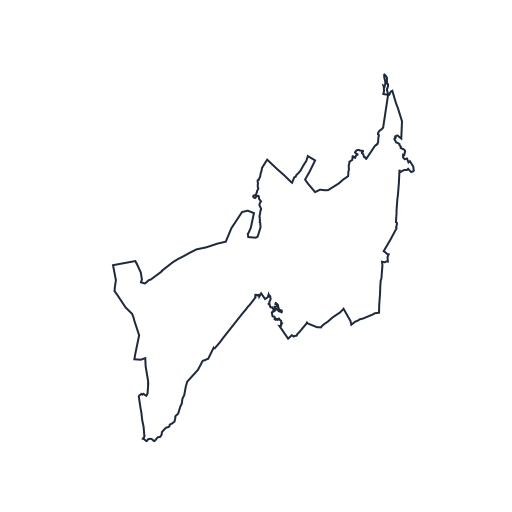 Stoļerovas pag., Rezeknes, Latvia, rotated 281°
{"feature_id": "27541924B84772624476590", "entity_name": "Stoļerovas pag.", "entity_type": "district", "adm_level": 2, "iso_a3": "LVA", "parent_name": "Latvia", "parent_adm1": "Rezeknes", "projection": "equal_earth", "projection_center": [27.572, 56.418], "detail": "fine", "context": "isolated", "style": "outline", "palette": "slate", "viewbox_px": 512, "rotation_deg": 281, "n_neighbors": 0, "source": "geoboundaries", "source_scale": "gbopen_adm2", "svg_char_len": 6045}
<svg xmlns="http://www.w3.org/2000/svg" viewBox="0 0 512 512"><g transform="rotate(281 256 256)"><path d="M219.7,117.4L205.5,123.1L198.3,123.4L197.9,123.5L194.6,123.8L191.2,127.4L180.6,137.8L179.5,139.5L175.5,145.5L172.4,147.4L169.1,149.0L155.9,156.4L137.2,156.2L131.4,156.3L132.2,162.7L134.6,166.8L126.7,168.7L112.5,174.0L110.0,174.4L110.0,174.6L100.4,175.8L97.9,175.0L99.2,171.6L98.3,171.0L98.7,169.8L98.4,169.7L96.4,167.6L96.5,167.5L85.1,171.5L80.9,173.2L73.2,175.6L67.0,178.2L58.2,180.7L58.1,180.9L56.7,180.7L56.0,180.1L55.0,179.8L54.9,181.1L53.6,183.2L53.4,183.9L53.7,184.2L55.6,185.1L56.1,186.2L56.5,187.6L56.1,189.2L55.2,190.5L54.9,191.4L55.5,192.1L58.1,193.4L59.3,194.2L59.6,194.7L59.9,196.1L60.1,196.4L62.8,197.5L65.1,197.2L69.0,199.5L70.4,200.7L71.6,203.0L72.4,203.5L73.9,203.5L74.2,203.7L75.6,205.6L77.9,207.6L81.6,207.7L83.0,207.4L83.8,207.7L85.7,209.2L86.6,209.7L94.1,210.5L96.8,211.3L101.6,211.0L105.8,212.1L114.5,212.0L119.6,212.5L133.1,220.7L140.2,222.9L141.0,223.0L142.3,223.4L143.0,223.9L143.5,224.5L143.8,225.5L144.3,226.0L146.0,228.7L157.5,231.8L157.2,232.0L157.5,233.1L164.5,237.1L168.4,238.9L196.3,253.3L201.5,256.2L205.2,258.0L206.5,259.0L215.3,263.4L215.7,263.0L216.6,263.1L217.4,262.7L217.7,262.7L217.9,262.9L218.0,263.6L217.6,264.9L217.9,264.9L218.3,265.9L217.8,265.9L217.7,266.1L217.8,266.2L217.5,266.5L217.4,266.8L216.8,267.0L220.3,268.2L215.5,273.1L217.9,275.5L220.4,275.7L219.1,276.4L218.8,277.0L219.5,277.2L219.1,277.7L218.2,277.8L217.0,278.5L215.8,278.5L213.8,277.9L212.2,278.2L211.6,277.5L211.3,277.5L210.9,278.1L210.6,278.9L208.9,279.6L208.4,280.4L208.8,281.6L208.7,282.0L207.9,282.3L207.1,283.2L206.9,283.6L208.6,284.4L209.8,284.1L209.9,285.0L211.2,286.1L212.5,285.9L212.7,285.1L212.6,284.3L213.8,284.3L214.4,284.5L213.0,284.6L212.8,284.9L212.8,286.1L212.2,286.8L211.0,287.4L209.9,287.2L209.7,287.8L208.1,288.8L207.6,289.5L207.4,291.6L206.7,291.9L205.6,291.9L205.5,291.7L206.1,291.1L206.0,289.3L206.3,288.7L207.7,286.8L207.9,286.4L207.8,285.7L207.3,285.3L206.4,285.3L205.9,285.0L204.5,283.4L204.9,283.1L204.2,282.6L203.3,282.3L202.2,282.9L200.6,283.4L200.1,283.7L199.8,284.5L200.0,285.4L199.6,286.0L198.9,286.3L197.6,286.3L197.5,286.8L197.2,287.1L197.1,287.6L197.4,288.0L198.2,288.1L198.2,288.4L197.6,288.8L197.4,289.4L197.8,289.9L198.6,290.0L199.0,290.4L199.0,290.6L198.0,291.2L197.4,292.7L197.1,293.1L194.7,293.5L195.2,294.0L195.0,294.4L194.0,293.9L193.1,294.0L192.0,293.8L191.9,293.6L191.8,292.3L181.0,303.3L185.1,306.3L184.1,308.4L185.0,309.2L185.2,310.5L185.8,311.2L187.2,311.4L189.1,312.8L196.9,317.1L198.9,318.2L200.4,318.7L199.7,319.6L199.5,320.5L197.8,329.2L197.8,330.2L198.4,333.1L198.3,333.4L200.0,334.2L201.8,335.6L205.6,339.3L210.3,342.9L216.9,349.5L220.9,352.0L210.3,361.1L206.7,362.7L210.5,365.9L212.1,368.5L213.6,369.8L214.8,372.6L221.1,382.1L222.4,383.4L223.8,387.6L232.0,386.2L242.3,385.0L249.2,383.9L255.5,383.1L257.8,383.4L270.9,381.9L274.4,380.8L274.4,383.6L275.6,385.2L275.7,386.5L280.1,385.3L282.9,385.9L283.1,384.0L284.3,382.3L285.1,380.4L297.6,384.8L310.1,388.7L310.9,388.0L313.4,388.3L315.1,388.1L315.7,387.6L315.9,386.9L324.7,385.8L327.2,385.3L338.9,383.9L342.7,383.7L355.1,382.3L368.0,380.4L365.7,381.5L368.4,384.5L369.4,388.0L370.6,388.7L368.8,391.1L368.0,392.5L369.1,394.0L369.9,394.6L373.8,393.3L378.4,389.0L377.0,387.8L380.5,385.6L379.4,383.5L380.7,381.7L381.5,381.4L383.5,381.1L383.3,382.2L387.3,382.4L388.5,381.5L389.2,379.4L389.5,377.5L391.2,377.2L391.9,375.9L393.2,375.5L394.0,373.7L394.2,372.0L397.2,369.5L398.7,370.5L399.3,369.7L400.3,370.1L401.3,371.9L399.0,376.2L416.1,373.6L428.0,367.2L432.5,364.4L435.7,362.7L444.2,358.3L443.6,357.5L443.0,357.0L441.0,356.3L440.0,356.2L439.4,355.8L439.3,355.6L440.1,354.8L444.1,352.8L445.0,352.7L445.9,353.0L447.9,353.2L449.8,352.8L450.0,352.1L450.6,351.5L451.6,351.5L453.3,350.9L454.9,350.8L455.6,350.6L456.3,350.2L458.1,348.5L458.2,347.9L458.6,347.4L458.3,347.2L455.6,347.9L452.1,349.5L450.7,349.9L448.7,350.1L448.1,349.8L447.0,349.9L447.5,348.6L446.6,349.1L442.6,350.2L439.3,350.1L439.4,354.9L406.2,356.3L405.5,355.8L404.8,355.5L402.5,353.3L399.8,352.3L398.8,352.5L398.4,353.0L398.4,353.3L397.6,353.6L394.5,353.6L391.0,354.2L389.6,353.8L389.2,353.9L388.8,353.6L388.7,353.3L388.0,353.1L387.8,352.8L387.7,352.4L386.7,351.7L371.7,345.4L372.8,345.3L373.3,344.9L373.8,344.2L373.6,343.4L373.9,343.1L375.8,342.2L377.0,341.1L377.1,340.4L377.4,340.2L377.7,340.2L379.0,341.1L379.5,341.0L379.6,340.7L379.4,338.6L379.4,337.8L379.8,336.6L378.9,334.6L378.3,334.2L376.7,333.4L376.5,333.5L375.4,335.3L375.2,336.2L374.9,336.3L374.0,335.4L372.8,334.6L371.3,334.6L371.3,334.4L371.5,333.7L372.3,332.4L372.4,332.1L372.3,331.9L371.5,331.8L370.6,332.1L368.6,332.1L366.4,329.7L365.5,330.0L362.6,329.7L358.7,330.7L356.2,330.6L353.2,331.1L351.8,331.1L347.7,327.0L343.0,323.4L334.4,314.2L333.7,311.1L333.3,306.2L330.0,301.8L337.1,293.0L340.4,289.6L349.3,292.6L361.1,295.8L364.0,287.8L361.5,287.6L358.8,287.2L353.3,285.0L348.5,283.5L345.8,282.0L343.2,280.2L341.2,279.7L340.6,278.6L334.8,277.4L335.9,275.4L340.6,268.3L345.5,259.9L352.7,248.6L343.4,245.0L341.9,245.2L339.7,245.1L338.3,244.8L334.7,244.9L333.3,244.6L332.5,244.2L331.3,244.2L331.1,243.6L330.5,243.2L329.8,243.3L327.5,244.1L325.5,244.2L323.6,244.8L322.9,245.4L322.3,245.4L320.6,244.8L316.8,244.4L316.3,244.2L315.9,243.9L314.8,242.1L314.0,241.8L313.3,242.3L312.8,243.3L312.7,244.0L313.0,244.3L314.4,244.9L315.0,245.6L315.5,246.9L315.0,247.4L312.6,248.2L310.5,250.5L309.3,249.9L307.4,249.5L306.3,249.8L303.5,251.9L302.6,252.1L301.5,251.7L299.1,251.9L295.5,251.8L294.5,252.4L293.3,252.5L292.0,253.1L291.2,253.0L290.5,253.3L289.9,253.2L289.5,253.8L285.0,255.0L275.3,253.9L273.9,252.2L273.1,244.8L276.2,243.7L277.0,244.2L282.5,245.5L297.7,245.8L298.9,239.2L296.5,233.9L278.5,226.5L264.3,223.6L260.8,215.8L255.0,205.5L251.2,196.4L246.5,190.3L241.7,184.6L238.3,180.2L234.2,175.7L224.2,167.0L223.5,166.4L223.0,166.5L212.6,157.0L212.0,155.5L208.1,152.5L207.8,152.0L208.2,148.1L211.2,148.5L217.9,146.0L226.0,140.2L225.9,140.1L228.0,138.5L219.7,117.4Z" fill="none" stroke="#1e293b" stroke-width="2"/></g></svg>